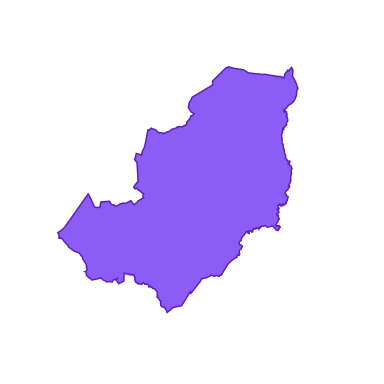 outline of Bērziņu pag., Dagdas, Latvia, rotated 337°
{"feature_id": "27541924B7947560085495", "entity_name": "Bērziņu pag.", "entity_type": "district", "adm_level": 2, "iso_a3": "LVA", "parent_name": "Latvia", "parent_adm1": "Dagdas", "projection": "orthographic", "projection_center": [27.878, 56.083], "detail": "fine", "context": "isolated", "style": "filled", "palette": "violet", "viewbox_px": 384, "rotation_deg": 337, "n_neighbors": 0, "source": "geoboundaries", "source_scale": "gbopen_adm2", "svg_char_len": 6106}
<svg xmlns="http://www.w3.org/2000/svg" viewBox="0 0 384 384"><g transform="rotate(337 192 192)"><path d="M175.7,117.6L166.2,131.7L162.6,134.8L159.8,138.3L157.1,135.7L155.7,134.8L154.6,136.4L151.8,139.8L152.9,143.4L151.5,147.4L146.6,160.8L146.8,161.1L142.6,163.1L140.5,164.4L140.4,164.7L140.5,166.6L141.5,167.1L142.1,166.7L142.7,166.9L143.3,169.3L144.4,170.4L145.6,173.2L146.8,174.2L146.6,175.3L145.9,175.6L145.0,176.8L145.3,178.3L138.8,179.2L137.1,180.4L133.4,180.8L132.4,176.1L126.3,176.5L124.2,175.2L122.6,175.4L121.4,174.8L117.6,175.7L116.4,175.3L115.5,173.6L113.4,172.5L112.8,171.3L112.5,168.3L104.2,165.6L101.1,170.3L96.3,167.9L96.3,162.2L95.9,153.5L95.7,153.2L61.2,174.6L57.2,176.2L52.6,177.0L52.8,178.3L52.5,181.0L51.4,181.8L51.8,182.7L52.2,183.0L54.1,183.8L55.1,187.9L56.9,192.8L56.8,193.9L56.9,194.5L60.6,200.5L62.4,202.4L63.9,203.5L64.6,205.1L65.0,207.3L65.8,208.6L65.3,211.4L65.9,214.9L66.3,216.3L66.1,218.5L66.0,219.3L65.5,219.5L65.3,220.4L65.5,220.5L65.4,221.9L63.2,223.7L62.6,223.6L62.9,223.9L62.9,225.2L62.3,227.7L63.0,228.6L63.1,229.9L63.9,230.5L63.9,231.1L64.6,231.6L65.0,232.8L65.3,233.2L65.4,233.9L74.8,235.7L75.7,238.2L78.0,240.5L78.5,241.6L80.2,241.8L83.1,243.5L83.4,243.6L85.4,242.1L87.1,242.9L89.4,242.5L87.9,243.9L88.6,247.8L94.5,247.4L97.7,240.3L100.2,242.3L101.8,242.7L102.1,243.7L102.7,244.3L103.5,244.1L104.3,244.7L105.3,244.7L105.7,245.2L105.4,245.3L105.3,245.7L105.8,246.3L106.1,247.4L105.8,247.7L106.0,248.3L105.9,249.0L104.8,250.4L105.2,251.2L104.9,251.9L105.1,253.1L105.8,253.6L106.3,254.4L106.0,255.0L106.4,255.1L106.7,255.7L107.7,255.7L108.1,256.4L109.0,256.5L109.6,257.5L110.3,256.8L111.3,256.2L112.1,257.0L112.5,258.5L113.4,258.6L113.8,259.1L114.8,259.1L115.6,260.4L115.2,262.5L115.6,262.7L115.7,262.3L116.0,262.2L116.5,263.0L117.2,262.7L117.4,263.0L117.4,263.6L118.1,264.3L118.0,265.1L118.1,265.3L119.2,266.2L120.0,266.5L120.5,269.2L121.1,270.3L120.3,271.7L119.5,274.2L118.9,274.6L118.7,275.2L119.5,276.6L120.0,278.1L119.7,279.0L120.9,280.2L119.7,281.4L119.5,282.9L119.0,284.1L119.5,285.9L121.6,287.3L121.6,288.0L122.2,290.0L121.9,293.2L124.4,292.6L128.9,291.1L132.4,291.5L137.9,292.7L151.5,283.1L151.2,284.6L151.3,284.9L164.7,277.5L167.1,275.7L172.2,276.6L177.3,276.2L178.2,276.9L179.3,278.2L181.2,278.4L182.1,278.2L182.6,278.5L183.3,279.9L184.2,280.3L185.4,279.5L186.7,279.8L196.8,272.4L203.7,270.0L206.2,269.6L207.9,269.7L208.4,268.6L209.2,267.8L209.7,267.9L210.0,268.5L210.8,268.7L211.4,268.2L211.7,266.5L212.3,265.0L213.4,264.0L215.0,263.7L215.5,262.8L217.1,261.9L217.1,260.6L215.3,259.3L215.4,257.0L217.6,255.8L218.5,255.7L219.0,254.5L219.8,253.7L225.5,250.5L226.4,249.7L226.8,250.3L228.3,250.0L227.6,252.0L228.3,252.6L228.6,252.4L228.8,251.6L229.2,250.9L230.9,250.5L231.1,250.7L231.3,252.3L232.0,252.4L233.5,250.7L234.3,250.4L234.2,249.9L234.3,249.7L235.6,250.1L236.1,251.0L236.9,250.8L237.1,250.3L237.4,250.3L238.0,250.8L238.7,252.1L238.8,251.6L239.3,251.2L239.9,251.7L241.2,251.5L241.1,251.2L240.6,251.0L240.8,250.6L241.9,250.9L243.2,250.5L244.1,251.4L245.3,251.3L246.3,251.7L247.6,253.9L248.2,253.8L250.0,254.5L251.8,254.3L253.6,255.6L253.7,255.9L253.6,256.8L254.3,258.3L254.6,259.4L254.5,259.8L255.9,261.1L256.5,261.0L257.2,260.3L257.8,260.1L257.8,259.5L258.1,259.1L259.4,258.9L259.5,258.3L258.7,257.7L259.0,257.2L258.8,256.9L257.8,256.3L256.4,256.3L256.4,254.8L259.2,252.7L260.0,252.4L260.8,251.3L261.5,251.1L262.0,250.5L261.8,250.2L261.4,250.1L261.3,249.8L262.3,247.4L261.8,247.1L261.2,246.2L261.7,245.1L262.9,245.4L264.1,244.6L264.2,244.2L264.0,243.2L264.6,242.5L263.9,242.0L263.7,241.1L265.7,241.2L265.8,240.7L265.3,239.6L265.6,238.1L266.0,238.0L267.0,238.4L267.2,238.2L267.1,237.8L267.3,237.6L268.1,237.5L268.3,237.8L268.1,238.6L268.3,239.1L268.2,239.6L268.5,239.7L269.9,239.3L270.0,239.5L269.9,239.8L270.2,240.0L270.6,239.9L270.4,238.8L270.6,238.5L271.2,239.4L271.7,239.4L271.6,239.8L271.9,239.9L272.7,239.8L273.5,239.1L273.9,239.4L274.3,239.4L274.5,238.9L274.3,238.3L274.4,237.9L274.8,237.5L275.6,237.6L276.3,237.2L276.8,236.1L277.5,235.5L278.6,234.2L278.6,233.7L278.1,233.5L277.8,233.1L277.8,232.1L277.4,230.2L277.5,228.7L282.2,226.6L284.1,225.0L284.1,224.6L283.4,224.5L283.2,224.2L283.9,223.2L285.9,221.9L287.4,220.3L287.8,218.7L289.3,215.8L291.0,213.6L291.4,211.4L293.0,209.8L293.1,209.4L293.1,208.4L293.4,207.7L293.2,206.2L291.9,204.4L291.6,203.4L291.8,203.1L292.6,203.6L293.2,203.3L293.9,202.7L294.0,201.7L293.8,201.4L292.6,201.5L292.1,200.7L291.8,199.7L292.0,199.2L292.0,198.6L291.5,197.7L291.4,197.1L292.5,194.8L292.6,194.0L292.3,193.1L292.2,192.4L292.6,191.7L293.5,189.0L293.4,186.5L293.9,185.7L294.3,184.8L294.4,183.0L293.9,182.0L294.3,181.1L295.0,180.3L295.5,178.3L296.0,177.7L296.0,176.6L296.8,174.4L297.8,173.1L298.7,172.6L298.9,172.0L299.0,171.1L299.3,170.5L299.9,170.3L300.7,170.5L301.1,170.2L301.1,169.8L300.4,169.1L300.5,168.7L302.2,168.7L303.7,167.7L305.1,167.2L305.5,166.8L305.4,165.9L305.6,165.5L307.9,164.0L308.6,162.2L308.5,161.6L308.8,160.9L308.3,159.7L309.2,159.2L308.6,158.4L310.0,157.4L309.9,156.0L310.3,155.1L309.8,154.5L308.5,154.7L307.9,154.3L307.9,153.9L308.5,153.8L308.7,153.3L309.4,153.0L309.2,152.6L308.7,152.9L308.5,152.2L311.6,151.6L315.1,149.7L317.8,149.6L321.9,147.8L325.6,144.2L326.9,142.1L327.9,139.8L330.1,137.9L330.0,135.3L330.4,133.4L330.2,129.6L330.3,128.5L329.7,124.8L332.6,119.2L332.2,116.2L328.0,118.3L327.6,117.3L323.7,119.6L322.3,121.4L321.6,122.7L319.9,121.6L319.3,121.8L318.8,120.4L317.6,119.7L315.0,119.0L315.3,118.6L304.5,111.8L302.5,111.2L299.3,109.2L298.3,108.9L290.6,104.4L289.9,103.6L287.2,99.7L279.0,94.6L274.4,90.9L273.4,91.7L272.3,90.8L254.4,97.8L252.6,101.6L229.2,104.8L226.5,107.4L224.7,108.3L221.9,112.3L222.2,112.5L221.7,113.3L221.7,113.7L222.6,118.1L224.5,120.7L223.9,120.7L222.7,121.9L220.6,121.5L219.1,123.4L214.4,125.7L213.8,127.2L211.8,128.3L211.3,127.9L208.5,128.1L207.5,127.8L206.0,126.8L203.7,126.3L202.6,126.9L197.9,126.4L195.0,127.3L190.9,126.9L188.9,127.5L188.7,127.3L188.7,126.8L187.5,125.9L185.9,124.9L185.1,125.1L183.5,122.7L183.5,121.7L181.5,119.3L180.4,118.5L179.5,117.3L178.1,117.6L177.0,118.6L175.7,117.6Z" fill="#8b5cf6" stroke="#5b21b6" stroke-width="1.5"/></g></svg>